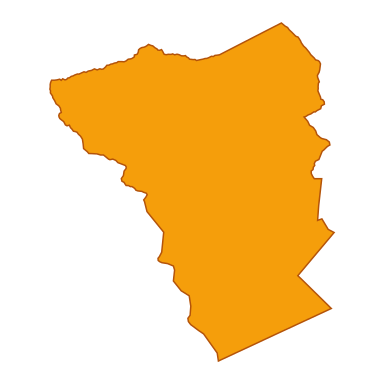 the district of Curimatá, Piauí, Brazil
{"feature_id": "56859067B38389486255432", "entity_name": "Curimatá", "entity_type": "district", "adm_level": 2, "iso_a3": "BRA", "parent_name": "Brazil", "parent_adm1": "Piauí", "projection": "mercator", "projection_center": [-44.372, -9.975], "detail": "fine", "context": "isolated", "style": "filled", "palette": "amber", "viewbox_px": 384, "rotation_deg": 0, "n_neighbors": 0, "source": "geoboundaries", "source_scale": "gbopen_adm2", "svg_char_len": 3078}
<svg xmlns="http://www.w3.org/2000/svg" viewBox="0 0 384 384"><path d="M334.1,232.5L328.2,229.4L321.9,218.9L319.2,219.8L317.6,220.4L318.7,205.5L321.7,178.7L314.3,178.7L312.7,176.4L311.3,173.6L311.2,171.0L313.0,169.6L313.4,167.1L314.7,165.5L314.3,163.6L315.4,161.2L318.9,159.5L322.2,151.2L323.9,149.9L326.9,146.9L328.4,145.8L329.9,145.0L329.3,142.0L326.4,139.7L321.8,138.5L320.3,137.6L316.9,134.6L315.7,130.9L313.3,127.5L309.6,125.3L307.7,121.3L304.1,117.0L305.9,116.4L308.2,114.9L310.9,113.9L313.8,111.9L315.4,111.9L316.8,110.7L320.7,108.7L321.4,105.8L324.4,104.2L324.2,101.8L322.7,99.7L320.8,99.2L320.5,97.1L317.9,90.9L318.2,88.5L318.1,86.6L318.4,83.2L319.3,81.9L317.6,77.3L317.4,75.4L319.1,72.3L319.7,69.9L320.5,63.9L319.4,61.6L318.2,60.6L315.5,59.8L314.4,58.2L310.7,54.6L309.3,52.4L305.8,48.1L303.6,46.1L301.3,42.8L300.5,40.8L298.1,37.1L295.7,36.2L291.9,32.3L289.2,29.8L287.6,27.5L285.1,26.1L281.4,23.0L264.0,31.9L219.5,54.8L217.0,55.2L214.9,55.4L213.4,56.5L211.4,56.3L208.7,57.7L206.8,58.4L205.0,58.5L203.2,59.1L200.6,59.6L196.5,60.5L195.0,59.5L193.3,59.6L191.5,59.4L189.6,59.2L188.5,57.9L186.5,56.8L185.5,55.6L183.7,55.9L181.4,55.8L178.9,54.6L177.0,54.2L174.7,54.8L172.6,53.9L171.1,54.4L168.2,54.3L166.2,54.7L164.2,54.3L163.4,52.9L162.5,51.1L161.5,49.6L159.7,50.3L157.9,50.1L156.9,48.8L155.3,48.0L152.8,45.9L150.9,45.4L148.5,44.4L146.5,46.0L144.4,47.1L141.7,47.6L140.0,48.5L138.6,49.8L138.2,52.4L137.1,54.3L134.4,55.0L134.3,56.9L132.1,58.4L130.6,58.9L128.2,59.2L125.8,61.1L124.0,61.8L121.7,61.6L118.2,61.6L116.7,62.7L114.3,63.1L112.5,63.9L110.9,64.1L109.0,65.1L106.8,65.3L105.6,66.9L103.4,68.9L101.8,69.3L99.8,68.8L97.2,69.9L94.4,68.9L91.5,70.4L88.2,71.1L86.1,72.4L84.0,71.8L81.1,73.1L79.0,74.1L77.4,74.0L74.7,75.0L73.1,75.9L71.2,76.4L69.5,77.7L67.7,78.1L66.6,79.4L65.0,79.9L62.7,78.8L61.2,80.3L59.7,79.2L56.9,79.9L54.6,80.2L51.6,80.2L50.6,82.5L50.2,84.4L50.2,87.2L49.9,89.2L50.5,90.8L50.4,92.9L52.5,96.0L52.8,97.7L54.3,100.1L55.1,101.6L56.1,103.8L58.9,105.9L60.4,108.2L60.6,109.9L61.3,112.5L59.5,113.5L58.8,115.3L59.0,116.9L59.8,118.5L61.3,119.8L63.7,121.6L65.4,124.9L67.0,125.8L69.4,125.2L70.5,127.7L72.0,129.2L73.4,131.2L75.3,131.6L77.0,132.2L78.5,134.3L80.5,136.1L82.4,139.1L83.1,143.6L83.6,148.6L87.3,151.7L88.8,153.5L91.5,153.6L97.0,153.9L100.6,155.0L103.5,155.0L108.5,159.1L109.9,159.7L112.8,159.1L115.8,160.4L118.0,162.7L120.2,163.5L122.3,164.3L125.3,165.5L126.2,166.8L126.1,168.5L124.1,171.1L123.4,175.6L121.3,178.6L121.9,181.2L124.1,182.4L124.9,183.8L126.1,185.5L128.6,185.6L130.3,186.6L132.1,186.6L134.7,188.4L135.9,190.2L137.8,190.9L142.0,191.4L143.4,192.2L146.3,193.2L147.2,194.7L145.8,197.2L143.7,199.9L144.5,201.6L147.0,211.6L163.7,232.2L161.7,252.2L159.4,256.6L158.0,258.3L158.2,260.5L159.7,261.7L161.9,262.7L167.6,263.6L173.4,266.0L174.6,270.1L173.4,281.0L181.2,290.8L189.2,295.8L190.8,306.2L190.1,315.3L187.9,318.3L188.4,321.6L190.7,324.6L198.6,330.5L203.6,333.9L217.2,353.0L218.4,361.0L262.8,340.3L274.8,334.7L331.3,308.5L323.3,300.6L313.9,291.4L301.4,279.1L297.8,275.7L309.9,261.3L334.1,232.5Z" fill="#f59e0b" stroke="#b45309" stroke-width="1.5"/></svg>